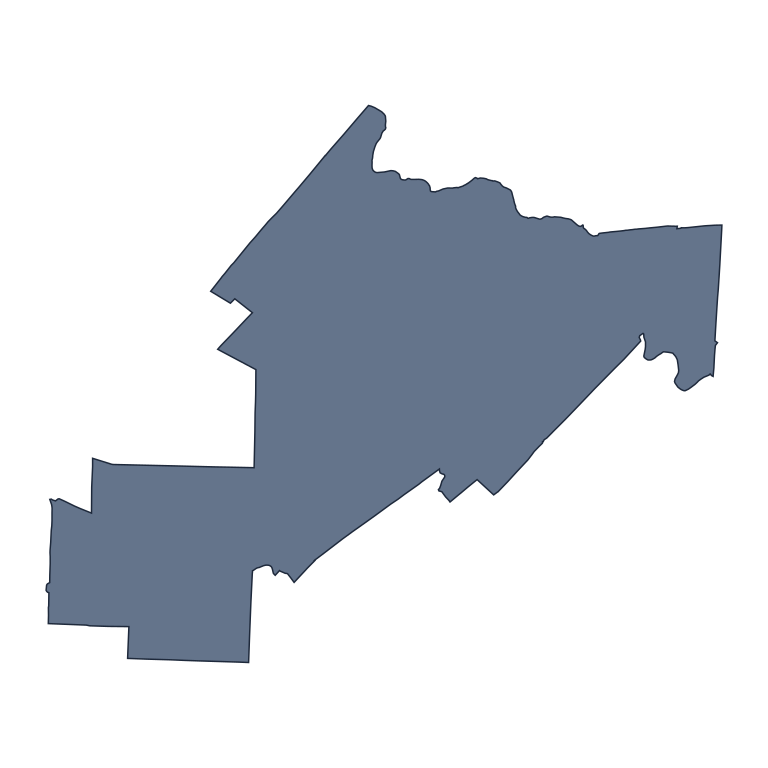 Sarulesti, Calarasi, Romania
{"feature_id": "2599482B18552862006598", "entity_name": "Sarulesti", "entity_type": "district", "adm_level": 2, "iso_a3": "ROU", "parent_name": "Romania", "parent_adm1": "Calarasi", "projection": "equal_earth", "projection_center": [26.648, 44.417], "detail": "fine", "context": "isolated", "style": "filled", "palette": "slate", "viewbox_px": 768, "rotation_deg": 0, "n_neighbors": 0, "source": "geoboundaries", "source_scale": "gbopen_adm2", "svg_char_len": 6088}
<svg xmlns="http://www.w3.org/2000/svg" viewBox="0 0 768 768"><path d="M294.1,582.4L305.5,570.2L307.1,568.4L314.9,560.5L314.5,560.3L323.8,553.3L342.3,539.1L352.3,531.8L370.6,518.8L378.9,512.8L390.6,504.2L398.2,499.1L403.9,494.8L418.9,484.2L421.7,481.9L439.4,469.0L439.5,470.8L440.1,472.8L442.1,473.9L443.8,474.3L444.5,475.0L444.8,476.0L444.7,477.0L441.9,481.2L440.7,485.4L439.6,488.3L438.4,489.6L438.9,490.9L441.8,491.7L445.6,496.9L449.2,500.7L449.7,501.7L450.0,502.0L460.2,493.5L460.3,493.5L463.7,490.6L467.6,487.3L477.1,479.6L493.7,494.9L497.7,491.9L497.9,491.9L507.7,481.7L517.0,471.5L527.9,459.9L532.3,454.1L534.2,451.5L539.1,446.4L540.7,444.9L542.4,443.2L542.5,441.6L543.2,441.7L544.0,440.0L544.5,439.5L546.7,438.1L554.8,429.9L563.4,421.3L565.4,419.3L580.8,403.3L594.6,388.8L614.5,368.6L623.9,359.3L640.7,341.1L640.4,339.8L639.2,337.5L639.7,335.7L643.0,333.4L643.7,334.0L643.9,337.2L645.5,341.9L645.5,346.5L645.2,349.3L644.7,351.7L643.8,356.1L644.3,357.5L646.2,359.0L648.0,360.0L649.7,360.0L651.0,359.9L651.5,359.7L652.7,359.2L654.9,357.9L656.2,356.7L657.2,355.9L658.8,354.8L660.9,353.6L662.5,352.4L663.5,351.8L667.7,352.2L671.3,352.8L672.9,353.2L673.7,354.3L674.6,355.2L675.9,356.9L677.3,359.8L678.1,365.0L678.7,370.5L678.4,372.8L677.2,375.2L675.1,378.9L674.5,381.5L675.1,383.1L677.8,387.0L679.6,388.5L681.4,389.7L683.3,390.5L684.1,390.7L685.2,390.7L688.5,389.1L690.8,387.5L695.3,384.1L697.4,382.1L698.5,380.9L701.1,379.0L703.9,377.2L709.0,375.1L709.9,374.1L710.3,374.0L711.4,375.5L713.1,376.4L713.5,372.0L713.9,367.9L714.0,365.5L714.5,355.5L715.0,349.2L715.4,345.4L717.5,342.7L714.9,340.8L715.8,325.3L716.8,309.2L717.6,297.0L718.3,289.0L719.0,278.0L719.8,265.2L721.7,229.9L721.9,225.1L720.2,225.1L715.1,225.2L710.1,225.5L706.5,225.7L704.0,225.9L687.9,227.6L684.9,227.8L682.4,227.8L681.2,227.7L680.8,228.3L676.9,228.7L677.3,226.2L675.0,226.3L673.9,226.1L673.2,226.2L667.6,226.0L665.7,226.2L657.1,227.2L652.8,227.6L649.7,227.9L645.3,228.4L638.7,228.9L636.4,229.2L635.2,229.2L632.5,229.6L629.5,229.9L627.6,230.2L625.5,230.3L624.0,230.6L620.7,231.0L616.7,231.4L610.0,232.0L608.6,232.3L602.2,233.0L599.3,233.4L599.0,233.6L598.7,234.1L598.0,235.2L597.7,235.6L595.9,235.7L594.2,236.1L593.4,236.1L592.8,235.9L591.5,235.3L590.5,234.7L589.4,234.0L588.6,233.3L587.3,231.8L586.6,230.7L585.6,229.6L584.6,228.8L584.0,228.5L583.8,228.2L583.5,227.9L583.3,227.3L583.2,225.9L583.1,225.4L583.1,225.2L582.8,225.0L582.4,225.2L581.7,225.8L581.1,226.2L580.7,226.3L579.6,226.3L578.4,225.8L577.0,224.8L572.1,220.5L571.4,219.9L570.3,219.4L568.2,218.8L565.7,218.5L563.4,218.0L560.9,217.3L554.4,216.8L553.3,217.1L551.8,217.2L550.1,217.0L547.5,216.2L547.0,216.1L546.4,216.2L543.5,217.3L541.9,218.6L540.7,219.0L540.1,219.2L539.4,219.1L535.3,217.8L533.9,217.4L532.9,217.4L532.0,217.4L531.5,217.5L531.1,217.6L530.1,217.7L529.3,217.9L528.5,218.3L527.9,218.3L526.9,217.4L525.3,217.3L522.9,216.6L521.4,215.9L520.0,214.9L519.0,213.5L517.5,211.6L516.6,210.0L516.0,208.8L515.6,207.7L515.6,206.1L514.9,204.4L514.4,202.9L514.2,201.9L513.9,200.9L513.8,199.9L513.4,198.6L512.7,196.0L512.3,194.4L511.8,192.4L511.4,191.4L510.4,190.0L506.5,188.0L503.6,187.0L502.0,185.7L501.7,185.2L501.0,184.5L500.8,184.2L500.5,183.7L500.2,183.2L499.9,182.9L497.9,182.0L494.8,180.9L492.8,181.0L492.2,180.6L491.5,180.6L487.9,179.7L486.2,178.8L483.8,178.3L480.2,178.0L478.6,178.5L477.4,178.7L476.9,178.1L475.4,177.6L474.4,178.1L471.9,180.3L469.3,182.3L469.1,182.4L468.3,183.1L468.0,183.1L467.5,183.6L466.5,184.0L466.0,184.5L464.0,185.4L462.9,186.1L458.9,187.4L458.3,187.7L457.7,187.7L457.3,187.5L456.6,187.5L453.8,187.8L452.5,188.1L447.7,188.0L443.0,189.0L438.4,191.0L437.0,191.2L436.4,191.4L435.6,191.9L432.3,191.7L431.1,191.5L430.5,191.0L430.3,190.0L430.1,189.0L430.2,188.1L429.5,185.7L428.9,185.0L428.5,184.2L427.4,182.9L426.0,181.6L424.9,180.8L423.7,180.2L421.9,179.6L419.9,179.4L418.8,179.3L415.0,179.4L413.8,179.4L412.6,179.4L411.2,179.4L410.6,179.3L409.4,178.6L408.0,178.5L405.6,180.0L404.3,180.0L402.2,179.7L401.1,179.2L400.4,178.4L399.4,174.7L398.7,173.8L395.4,171.4L393.1,170.8L390.9,170.6L384.3,172.0L380.5,172.3L377.1,172.6L375.5,172.3L374.0,171.3L373.0,170.3L372.5,169.2L372.1,167.9L372.0,165.5L372.1,162.0L372.0,160.2L372.5,158.3L372.7,156.7L372.7,155.8L373.4,151.6L374.9,146.8L376.2,143.6L377.1,142.2L380.0,138.6L380.6,137.4L381.9,133.1L383.3,130.9L384.3,130.2L385.4,129.1L385.8,127.7L385.5,126.8L385.4,124.9L385.8,121.2L385.4,116.2L385.1,115.6L384.1,114.1L381.7,111.8L374.8,107.7L371.2,106.2L368.5,105.5L357.6,118.1L343.8,134.3L331.0,148.9L326.3,154.5L325.6,155.5L325.3,155.4L309.6,174.5L298.9,187.2L294.4,192.4L283.6,205.1L276.5,213.3L272.2,217.5L268.1,221.7L265.2,225.2L262.5,228.3L259.8,231.5L258.0,233.7L255.5,236.7L253.2,239.3L250.1,242.7L233.7,262.9L231.2,265.4L224.9,273.4L222.2,276.5L220.9,278.3L210.7,291.3L230.4,303.2L234.8,298.8L252.4,312.7L247.0,318.3L232.5,333.6L221.3,345.2L219.4,347.3L217.7,349.3L255.9,369.6L255.7,394.2L255.5,402.2L255.1,412.7L255.0,421.1L254.9,431.5L254.1,467.7L230.3,467.2L214.2,466.9L174.5,465.9L113.0,464.5L111.4,464.2L92.6,458.3L92.6,466.6L91.7,487.2L91.5,513.1L80.1,508.5L74.6,506.1L64.6,501.2L60.6,499.4L59.3,498.8L58.1,498.9L55.5,500.9L52.4,499.9L51.3,499.1L49.8,499.4L51.6,504.6L52.0,507.1L52.0,507.4L52.1,508.5L52.0,512.8L52.0,514.6L52.0,516.4L52.0,520.8L51.8,525.7L51.3,530.0L51.2,531.6L50.7,542.4L50.1,549.9L50.0,552.7L50.2,556.5L50.2,563.9L49.8,575.3L49.7,582.6L47.4,583.9L46.6,585.1L46.1,590.3L46.7,591.4L47.7,592.3L48.9,592.7L48.7,605.9L48.4,607.5L48.5,615.4L48.3,623.6L86.4,625.1L89.6,625.8L108.7,626.4L128.9,626.6L127.6,658.4L146.2,659.1L170.8,659.8L184.8,660.4L199.4,660.9L238.9,662.1L248.6,662.5L249.6,634.9L250.9,602.3L252.3,573.6L252.4,572.9L252.5,571.6L252.5,570.8L253.6,570.2L256.2,568.4L257.3,567.9L257.9,567.7L259.2,567.5L260.1,567.1L263.5,565.7L265.5,565.2L266.8,565.1L268.1,565.2L268.9,565.3L270.1,565.8L271.1,566.5L271.8,567.5L272.4,569.2L273.2,572.7L273.4,573.4L274.1,574.2L275.2,575.3L279.5,570.6L279.8,570.9L281.0,571.5L283.2,572.4L284.7,573.1L285.3,573.3L287.0,573.5L287.6,573.8L290.4,577.4L294.1,582.4Z" fill="#64748b" stroke="#1e293b" stroke-width="1.5"/></svg>